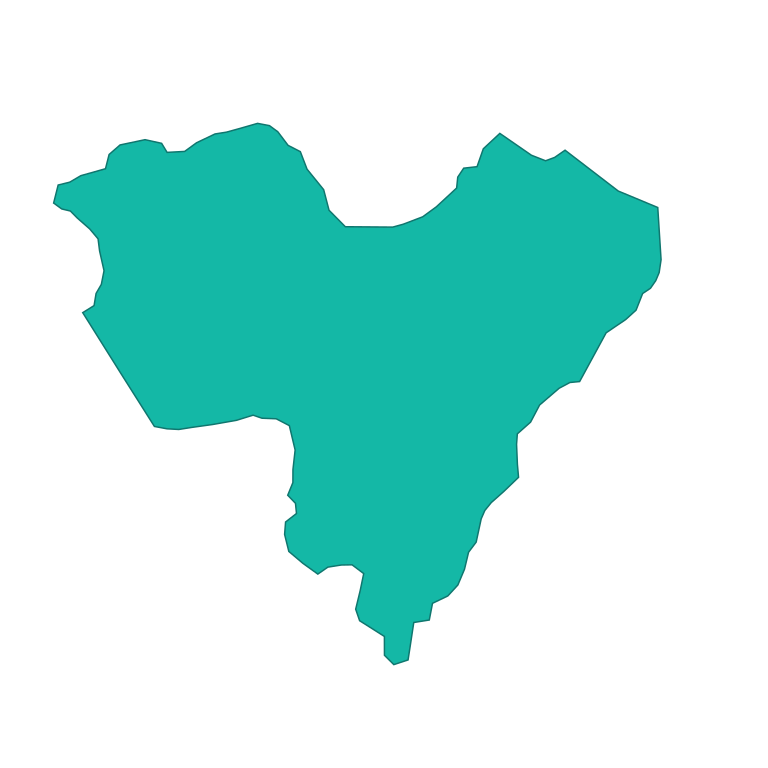 the district of Santa Cruz, Paraíba, Brazil, rotated 171°
{"feature_id": "56859067B91012159546278", "entity_name": "Santa Cruz", "entity_type": "district", "adm_level": 2, "iso_a3": "BRA", "parent_name": "Brazil", "parent_adm1": "Paraíba", "projection": "orthographic", "projection_center": [-38.047, -6.532], "detail": "fine", "context": "isolated", "style": "filled", "palette": "teal", "viewbox_px": 768, "rotation_deg": 171, "n_neighbors": 0, "source": "geoboundaries", "source_scale": "gbopen_adm2", "svg_char_len": 1559}
<svg xmlns="http://www.w3.org/2000/svg" viewBox="0 0 768 768"><g transform="rotate(171 384 384)"><path d="M342.5,173.9L333.5,188.4L326.8,204.6L317.7,213.4L309.1,235.6L304.2,243.3L296.6,250.1L282.5,259.1L265.7,270.8L264.8,283.8L262.5,303.7L260.1,313.9L245.2,323.4L233.6,338.9L211.7,352.4L200.1,356.4L190.4,355.8L156.6,399.8L147.5,404.1L135.3,409.8L123.5,417.5L114.4,432.9L105.8,436.9L99.4,443.6L94.8,451.0L90.9,463.4L86.0,515.5L122.4,537.9L168.6,586.6L180.0,581.1L189.5,579.2L202.6,586.9L230.4,613.4L249.1,600.8L258.1,584.1L271.5,584.7L278.8,576.8L281.6,566.2L304.6,550.8L319.6,543.1L340.1,538.8L350.8,537.6L397.6,545.4L411.1,564.2L413.2,585.4L426.4,608.2L430.3,626.6L441.4,634.7L449.4,649.7L456.7,657.1L468.1,661.2L486.0,659.0L500.2,657.4L511.8,657.4L531.4,651.6L544.5,644.9L562.0,646.7L566.0,656.5L581.8,662.7L607.3,661.4L619.6,653.7L625.4,640.2L650.8,637.2L662.9,632.5L674.7,631.5L682.0,614.4L674.9,607.3L666.7,603.9L660.9,595.8L650.4,583.2L643.7,572.1L644.1,559.9L642.8,539.7L647.6,526.6L654.2,518.5L658.1,506.8L670.4,501.6L642.8,436.9L617.4,378.0L605.4,373.7L593.8,371.2L580.8,371.2L559.8,370.8L535.4,371.2L518.2,373.7L509.9,369.3L495.9,366.5L484.0,357.7L482.1,332.7L487.3,313.8L489.4,300.9L496.5,289.2L490.1,280.0L490.7,269.8L502.8,263.1L505.7,251.0L504.2,233.5L492.2,219.6L479.1,206.6L468.1,211.9L454.6,211.9L443.8,210.4L433.7,199.9L439.9,183.5L447.2,166.0L445.1,154.0L423.1,134.6L426.0,116.0L418.2,105.3L403.4,107.7L399.1,121.1L391.9,143.8L376.2,143.8L370.4,159.8L354.1,164.7L342.5,173.9Z" fill="#14b8a6" stroke="#0f766e" stroke-width="1.5"/></g></svg>